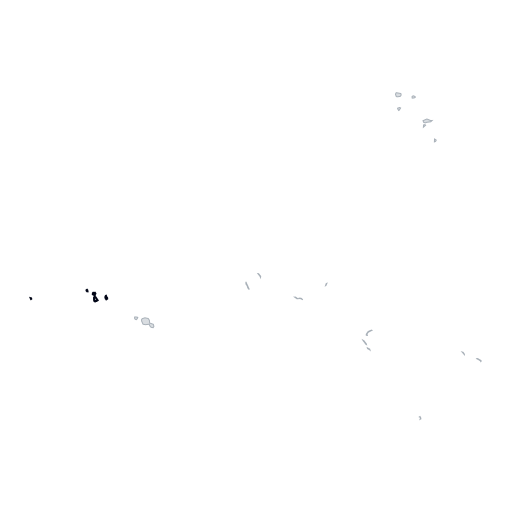 Leeward Islands highlighted on a map of French Polynesia
{"feature_id": "PYF-4964", "entity_name": "Leeward Islands", "entity_type": "state/province", "adm_level": 1, "iso_a3": "PYF", "parent_name": "French Polynesia", "parent_adm1": "", "projection": "albers", "projection_center": [-151.978, -16.346], "detail": "coarse", "context": "in_parent", "style": "outline", "palette": "ink", "viewbox_px": 512, "rotation_deg": 0, "n_neighbors": 0, "source": "natural_earth", "source_scale": "10m", "svg_char_len": 2963}
<svg xmlns="http://www.w3.org/2000/svg" viewBox="0 0 512 512"><path d="M149.6,323.0L153.3,324.3L153.9,326.4L153.1,327.7L151.2,327.3L150.3,326.6L149.1,324.2L145.5,324.7L143.0,324.2L141.6,321.0L141.6,319.5L142.2,318.7L144.9,317.8L148.2,318.5L149.4,320.3L149.6,323.0ZM426.9,119.0L430.8,120.6L432.1,120.5L430.7,121.8L426.7,122.3L425.3,122.9L423.7,122.4L423.0,120.7L426.9,119.0ZM400.2,96.4L397.5,96.8L396.3,96.6L395.5,94.4L395.9,93.1L396.3,92.7L400.8,93.5L401.1,94.5L401.0,95.4L400.2,96.4ZM96.1,300.8L95.1,300.8L94.2,300.4L94.4,297.6L94.7,297.0L96.1,298.0L97.3,300.4L96.1,300.8ZM137.0,319.0L136.2,319.7L135.1,319.2L134.7,318.5L134.5,317.8L134.8,316.9L137.2,317.1L137.8,317.5L137.0,319.0ZM414.0,98.0L412.2,98.1L412.0,96.7L412.6,96.1L413.3,95.8L414.6,96.3L415.3,96.9L415.2,97.4L414.0,98.0ZM399.3,110.1L398.7,110.5L397.7,108.9L397.6,108.2L399.6,107.5L400.6,108.0L399.3,110.1ZM249.0,288.7L249.1,289.1L248.6,289.1L247.7,287.7L247.4,286.5L246.8,285.2L246.0,284.2L245.9,283.3L245.9,281.8L246.8,284.0L247.7,285.8L248.3,287.3L249.0,288.7ZM367.3,334.9L367.4,335.4L366.5,335.3L366.2,335.1L366.3,334.2L367.1,333.0L367.6,332.1L368.8,331.2L370.7,330.4L371.7,330.1L372.0,330.4L371.6,330.5L368.3,332.2L367.3,333.5L366.8,334.4L366.8,334.7L367.3,334.9ZM435.4,141.5L434.4,141.9L434.5,139.0L435.7,139.7L436.2,140.1L435.9,140.9L435.4,141.5ZM366.3,343.8L366.5,344.6L365.5,344.0L364.7,342.6L363.2,340.8L362.8,340.1L364.0,340.8L364.8,341.9L366.3,343.8ZM94.7,294.8L94.2,295.0L93.7,294.6L93.5,293.8L93.7,292.6L94.9,293.4L95.4,293.9L94.7,294.8ZM425.6,125.2L423.4,127.2L423.6,124.9L424.3,124.7L425.0,124.7L425.6,125.2ZM481.3,361.0L480.7,361.5L480.7,360.9L480.0,360.6L479.1,360.0L477.8,359.2L477.1,359.0L476.7,358.6L477.3,358.5L478.1,358.8L479.2,359.5L480.5,360.2L481.3,361.0ZM260.7,276.3L260.5,277.5L260.0,276.3L258.5,274.4L257.9,273.6L258.6,273.7L260.7,276.3ZM369.7,349.1L370.0,350.1L369.4,349.6L367.5,348.6L367.3,347.8L369.7,349.1ZM301.4,298.4L302.8,299.8L301.0,298.8L298.6,298.3L299.5,298.1L300.8,298.2L301.4,298.4ZM298.1,298.7L297.0,298.8L294.6,297.1L295.6,297.1L297.0,298.2L298.1,298.7ZM464.4,354.2L464.4,354.7L462.1,352.0L463.1,352.3L464.4,354.2ZM420.9,418.9L420.1,419.3L420.4,418.7L420.0,417.1L419.4,416.9L420.0,416.5L420.7,417.7L420.9,418.9ZM326.0,285.4L325.5,285.7L326.2,283.6L326.9,283.3L326.0,285.4Z" fill="#d9dde1" stroke="#a8b0b8" stroke-width="1"/><path d="M94.4,297.0L95.6,297.3L97.6,300.3L96.4,301.0L95.6,300.9L95.3,301.4L94.9,301.4L94.4,301.1L94.1,300.2L94.0,297.7L94.4,297.0ZM94.9,294.1L94.8,295.3L92.8,294.3L92.9,293.2L93.2,292.8L94.5,292.8L94.4,293.1L95.1,293.1L95.4,293.5L95.3,293.8L94.9,294.1ZM106.5,297.9L106.6,297.7L107.1,297.9L107.2,298.7L106.3,299.3L105.7,298.4L105.8,298.1L106.5,297.9ZM106.0,295.8L106.5,297.1L105.5,297.8L105.3,297.1L105.8,295.9L106.0,295.8ZM86.6,290.0L87.0,289.8L87.3,290.2L87.5,291.3L87.1,291.3L86.7,290.9L86.5,290.4L86.6,290.0ZM31.1,298.3L31.4,299.5L31.5,299.7L31.2,299.4L30.7,298.2L31.1,298.3Z" fill="none" stroke="#020617" stroke-width="2"/></svg>